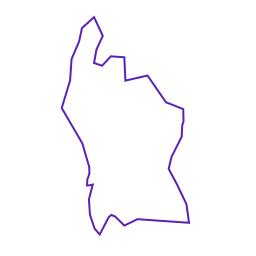 an SVG outline of Kokneses, rotated 274°
{"feature_id": "LVA-5729", "entity_name": "Kokneses", "entity_type": "Municipality", "adm_level": 1, "iso_a3": "LVA", "parent_name": "Latvia", "parent_adm1": "", "projection": "equal_earth", "projection_center": [25.446, 56.702], "detail": "fine", "context": "isolated", "style": "outline", "palette": "violet", "viewbox_px": 256, "rotation_deg": 274, "n_neighbors": 0, "source": "natural_earth", "source_scale": "10m", "svg_char_len": 641}
<svg xmlns="http://www.w3.org/2000/svg" viewBox="0 0 256 256"><g transform="rotate(274 128 128)"><path d="M143.3,60.5L171.3,66.9L192.9,66.9L211.0,73.2L224.5,75.1L236.2,86.4L218.2,96.4L203.8,91.0L190.5,89.6L188.3,97.8L198.3,105.9L198.3,119.4L175.1,122.1L181.7,143.8L156.3,164.1L150.7,181.8L138.4,182.9L134.3,181.9L123.1,182.2L102.4,173.5L90.1,171.4L74.3,181.3L56.1,191.6L37.7,195.5L37.7,170.9L37.7,143.8L30.4,131.1L38.9,121.3L39.4,119.3L40.2,117.5L37.7,115.0L19.8,107.2L25.3,101.7L38.8,96.1L54.1,94.0L69.1,96.8L68.0,93.1L67.8,91.2L73.5,91.0L80.0,92.7L86.5,92.0L109.5,83.5L143.3,60.5Z" fill="none" stroke="#5b21b6" stroke-width="2"/></g></svg>